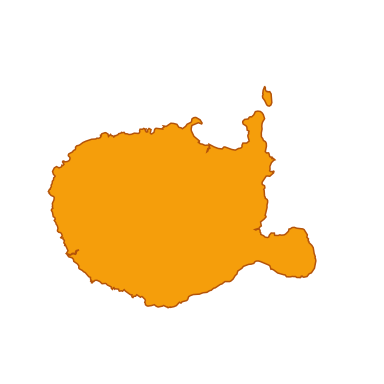 Vanua Lava, Torba, Vanuatu, rotated 287°
{"feature_id": "77236927B4251587034950", "entity_name": "Vanua Lava", "entity_type": "district", "adm_level": 2, "iso_a3": "VUT", "parent_name": "Vanuatu", "parent_adm1": "Torba", "projection": "mercator", "projection_center": [167.507, -13.839], "detail": "fine", "context": "isolated", "style": "filled", "palette": "amber", "viewbox_px": 384, "rotation_deg": 287, "n_neighbors": 0, "source": "geoboundaries", "source_scale": "gbopen_adm2", "svg_char_len": 5955}
<svg xmlns="http://www.w3.org/2000/svg" viewBox="0 0 384 384"><g transform="rotate(287 192 192)"><path d="M99.6,90.6L96.4,89.8L96.4,94.2L98.1,95.2L98.7,96.2L98.9,98.6L101.0,98.1L102.1,98.4L103.7,100.8L102.2,99.6L101.8,98.8L99.3,99.2L98.3,98.8L98.2,96.3L95.9,93.9L95.9,90.6L94.0,93.0L93.9,96.8L92.9,98.3L91.1,99.2L89.7,103.5L88.2,105.4L86.3,105.9L85.6,106.7L84.9,110.1L84.1,111.5L83.7,113.5L80.8,118.1L80.7,119.9L79.2,120.3L78.3,121.2L77.1,121.1L76.9,121.5L77.3,122.0L75.8,122.5L76.0,123.2L77.7,123.6L77.6,124.2L79.1,125.0L79.8,126.9L79.4,130.0L78.0,132.8L79.2,135.8L79.2,136.7L78.3,138.3L77.7,142.4L76.2,143.1L75.6,144.5L77.5,144.8L77.8,145.2L76.5,146.5L77.0,146.8L77.6,150.2L76.1,151.2L76.0,151.7L76.9,153.4L76.8,154.6L78.8,155.7L77.8,157.2L76.0,162.5L75.7,163.7L76.1,164.6L74.5,165.0L73.8,165.8L73.8,166.4L75.1,166.7L75.8,168.5L77.6,169.2L76.3,173.5L77.2,174.2L77.4,175.0L75.6,178.4L74.7,179.1L72.5,179.1L72.2,179.7L70.6,180.5L70.0,182.0L70.0,183.2L71.5,186.4L73.2,188.9L72.3,191.2L72.1,193.2L74.2,197.1L75.2,198.1L74.6,201.3L74.8,202.0L74.3,202.9L75.7,204.8L75.4,205.2L77.1,208.3L78.8,210.3L82.9,212.2L82.5,213.6L82.7,214.1L84.1,214.6L86.6,218.6L87.8,219.3L90.9,219.4L92.4,220.7L94.3,223.2L96.5,229.0L98.8,231.9L100.4,235.6L102.9,237.8L103.6,239.1L106.3,240.8L107.1,242.2L112.0,246.2L112.8,247.5L116.0,249.7L117.3,254.1L118.1,255.1L120.6,256.7L124.8,257.8L126.5,258.9L129.8,258.9L133.6,262.0L135.9,262.9L139.4,267.4L140.3,269.7L141.8,272.0L143.6,272.5L144.7,273.6L145.4,275.5L145.5,277.7L144.6,286.7L144.1,288.1L141.2,290.1L141.6,290.8L141.4,292.7L139.6,297.6L139.7,304.2L140.0,305.0L138.6,307.3L139.5,310.6L140.7,312.9L140.9,314.4L141.4,315.3L140.9,317.4L141.9,320.8L142.8,321.2L143.2,321.0L143.8,321.8L143.2,322.9L143.2,323.8L144.8,326.7L148.0,327.9L149.6,329.8L154.8,331.4L162.3,330.6L164.2,329.7L164.8,329.0L166.2,328.8L168.9,326.8L174.2,324.2L176.0,322.2L177.8,318.7L179.0,318.2L179.1,317.6L180.0,317.1L181.2,317.1L182.3,315.1L184.8,314.8L188.8,310.2L189.1,308.8L188.0,302.8L188.1,300.1L187.3,298.2L185.5,296.7L185.0,295.6L182.6,295.7L179.1,293.8L177.9,292.6L176.9,290.3L176.7,288.5L175.6,287.1L174.7,283.7L176.8,282.8L175.9,279.7L173.4,278.6L171.4,278.5L170.6,277.7L170.2,275.2L171.1,273.3L171.6,270.2L173.0,269.7L173.5,268.9L175.4,268.2L176.1,267.0L175.5,265.4L174.3,264.2L174.5,263.1L177.1,266.9L178.6,267.2L179.8,268.2L183.4,266.3L187.0,268.8L189.8,270.1L190.5,269.8L190.9,268.8L199.1,268.3L201.5,267.5L204.0,267.4L205.8,266.9L206.8,266.0L207.5,263.8L208.4,263.6L209.2,262.6L214.7,260.5L215.4,259.8L217.1,260.5L217.8,260.3L219.2,259.5L219.7,257.2L220.2,256.7L221.9,256.2L228.8,258.3L229.4,259.5L229.8,261.8L234.1,264.4L235.7,264.3L235.8,263.9L234.6,263.2L235.1,262.7L234.5,261.2L235.0,260.0L236.5,260.0L239.2,259.0L243.3,259.4L246.2,260.9L247.0,261.9L247.9,260.0L247.2,258.8L247.4,258.6L248.0,259.1L248.8,258.2L248.4,257.4L248.6,256.0L251.6,254.1L251.8,253.5L251.1,251.9L252.0,250.3L257.6,249.8L260.3,248.8L261.6,247.5L262.2,245.2L263.9,243.9L264.6,242.8L265.2,242.2L268.8,241.0L272.7,240.6L275.3,239.5L277.8,239.0L279.9,239.1L283.3,240.0L286.9,237.5L288.3,235.7L289.0,233.8L288.6,231.3L287.4,229.1L283.8,228.5L281.3,227.1L280.9,225.6L280.2,224.9L278.2,224.3L276.8,221.1L274.5,219.9L273.2,220.2L271.9,221.2L271.1,224.3L270.1,225.5L267.2,226.7L267.0,228.5L266.7,228.8L265.2,228.7L264.2,229.2L262.7,228.8L261.3,229.3L257.5,231.8L254.7,229.9L253.7,226.4L251.3,226.1L250.3,226.6L249.0,226.4L248.0,225.4L247.3,223.8L244.7,221.2L244.3,217.6L244.7,210.3L244.3,209.3L242.0,208.2L241.3,204.3L241.6,200.0L242.6,194.6L241.7,195.3L240.4,195.3L239.1,196.3L238.0,195.2L235.6,195.1L234.8,194.5L238.1,194.4L239.5,195.6L241.5,194.6L241.7,193.9L240.4,190.8L240.8,187.8L240.5,186.0L240.8,185.0L241.8,184.4L240.8,183.2L243.0,184.2L245.8,177.6L250.3,173.5L251.9,172.8L255.6,172.4L260.1,177.8L259.9,181.3L260.9,181.5L263.4,178.6L264.4,174.3L264.3,173.4L263.6,172.0L262.5,171.0L261.8,170.6L259.2,170.9L258.3,170.6L255.4,167.5L252.9,166.7L249.7,164.3L250.2,162.8L250.0,160.5L252.3,157.8L252.2,154.5L251.6,151.7L247.2,148.2L246.8,145.3L246.0,146.3L244.2,145.0L243.6,145.5L242.4,138.9L241.1,138.0L237.9,138.2L235.9,136.6L235.6,136.0L236.1,134.9L239.7,134.6L240.2,132.3L238.1,131.3L236.6,132.0L236.2,131.4L236.0,130.8L236.8,129.7L238.7,129.6L238.0,128.7L238.6,128.4L238.7,127.2L237.5,126.3L236.9,124.0L235.5,123.9L234.3,124.5L232.9,124.2L232.3,123.6L231.4,119.6L229.4,117.1L228.5,114.9L228.7,113.2L228.2,111.0L229.2,109.6L228.4,108.3L228.4,107.1L227.4,106.8L226.4,104.9L225.3,104.5L223.7,102.8L223.4,101.8L222.6,101.8L221.7,101.1L222.6,100.0L222.3,98.5L223.3,97.3L220.7,95.9L222.8,94.8L223.5,92.3L223.3,91.5L221.4,88.8L219.7,88.2L218.7,89.3L219.0,88.1L217.8,88.6L217.1,88.3L215.9,86.8L215.7,85.3L214.6,84.5L213.1,80.6L209.6,75.7L207.5,73.3L203.9,70.6L202.4,68.2L200.8,67.5L199.4,68.0L198.3,67.9L197.0,66.5L195.4,66.0L192.5,63.1L191.7,62.9L190.5,63.1L189.5,64.9L188.7,65.5L187.0,65.6L186.0,65.2L184.7,63.9L183.5,61.2L184.0,60.9L184.0,59.7L182.9,59.4L181.0,61.5L179.8,60.9L179.6,59.7L178.4,60.0L177.8,59.7L176.2,57.8L176.7,55.0L174.8,53.3L170.9,52.6L168.3,54.4L167.4,56.2L166.8,56.5L165.1,55.6L162.9,56.0L161.5,55.3L159.2,55.8L157.4,55.3L156.0,55.9L153.9,55.4L153.2,55.6L152.8,54.9L150.3,54.5L149.7,55.8L149.0,55.7L147.5,58.3L147.2,60.9L146.4,61.9L143.9,62.3L140.2,61.8L137.8,62.8L137.0,62.7L135.8,63.7L134.5,62.8L133.4,62.8L131.9,64.4L127.9,66.5L127.4,68.2L126.5,68.9L126.0,69.2L124.6,68.5L122.8,70.8L121.6,71.4L120.6,72.8L119.1,73.9L117.9,74.5L116.1,74.5L115.2,74.9L114.5,76.5L114.7,78.0L114.1,79.3L112.1,80.8L110.0,79.8L109.7,80.4L110.3,82.1L108.9,82.7L108.6,83.9L108.2,84.2L105.9,84.3L104.9,85.9L103.8,85.8L103.6,86.2L104.0,86.7L99.6,90.6ZM313.3,231.6L314.0,230.8L313.8,230.6L310.2,230.3L306.7,230.9L306.0,231.5L304.4,231.3L302.7,232.1L300.7,234.8L297.2,238.0L296.6,239.5L296.8,240.9L298.2,242.0L300.8,242.2L308.9,239.0L310.7,237.0L310.1,235.9L310.3,235.0L309.8,234.6L310.2,233.3L311.4,232.2L313.3,231.6Z" fill="#f59e0b" stroke="#b45309" stroke-width="1.5"/></g></svg>